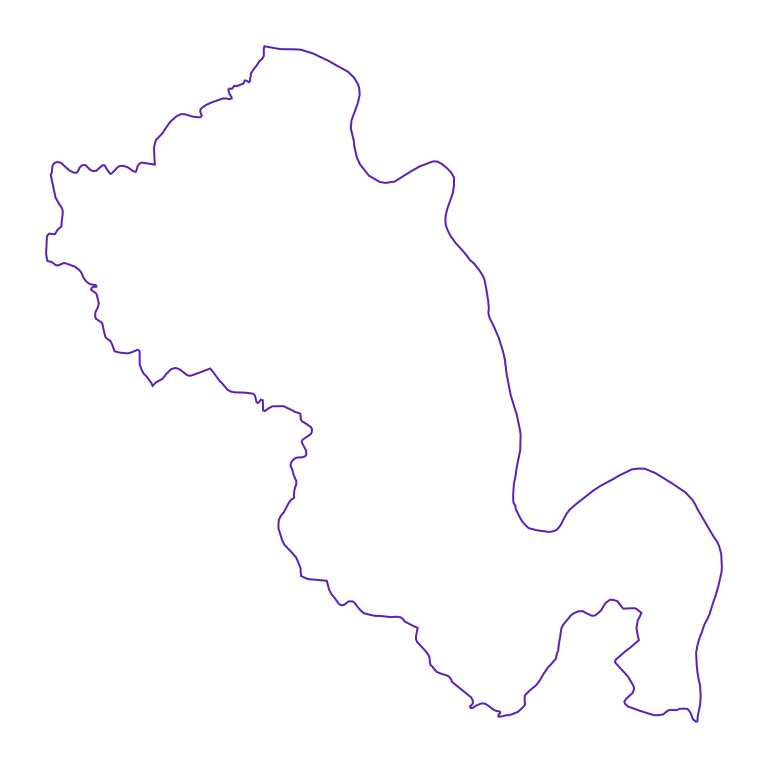 outline of Phu Ninh, Phú Thọ, Vietnam
{"feature_id": "81297802B64104222015073", "entity_name": "Phu Ninh", "entity_type": "district", "adm_level": 2, "iso_a3": "VNM", "parent_name": "Vietnam", "parent_adm1": "Phú Thọ", "projection": "albers", "projection_center": [105.302, 21.456], "detail": "fine", "context": "isolated", "style": "outline", "palette": "violet", "viewbox_px": 768, "rotation_deg": 0, "n_neighbors": 0, "source": "geoboundaries", "source_scale": "gbopen_adm2", "svg_char_len": 6021}
<svg xmlns="http://www.w3.org/2000/svg" viewBox="0 0 768 768"><path d="M50.7,174.7L55.6,197.8L59.3,204.2L61.9,208.0L62.7,211.0L62.7,214.2L61.7,221.6L61.5,226.2L57.1,230.4L56.1,232.4L54.7,234.2L52.7,234.2L49.1,233.6L47.3,235.6L46.9,237.4L46.1,253.3L46.7,257.9L47.5,261.1L51.0,261.7L54.0,263.7L55.6,265.1L58.0,265.5L63.6,263.1L65.6,263.3L75.0,266.7L79.5,270.2L81.5,272.9L83.0,276.5L84.9,279.8L86.2,281.4L88.5,283.2L91.6,284.6L95.5,285.0L96.5,285.9L96.3,286.7L93.6,286.9L92.1,287.6L91.3,288.5L91.1,289.2L91.5,290.2L95.5,292.9L96.3,293.8L97.0,295.5L98.8,303.3L98.0,307.2L95.4,312.2L95.2,316.6L95.9,318.6L99.3,321.1L101.7,322.5L102.3,323.8L102.9,326.0L103.7,330.1L105.3,336.7L106.8,338.6L110.4,341.0L112.0,344.1L114.6,351.3L119.7,352.6L128.0,353.4L132.5,352.0L137.4,349.8L138.6,350.1L139.6,351.4L139.7,364.5L141.7,369.9L143.7,373.7L146.5,376.3L151.4,383.1L152.6,385.8L156.2,382.2L161.9,379.2L164.3,376.7L165.7,374.6L171.0,369.3L174.4,368.1L177.5,368.4L180.3,369.8L186.9,375.0L189.0,375.7L190.9,375.7L199.6,372.6L210.1,368.5L212.5,371.2L219.8,381.2L222.1,383.3L227.5,389.7L230.4,391.4L234.4,392.3L245.5,392.7L253.2,393.7L254.9,395.6L256.6,402.3L257.8,403.0L259.6,401.6L260.9,399.6L262.8,400.3L263.0,408.5L263.3,410.6L264.9,411.0L268.1,408.6L272.4,406.3L283.7,406.2L286.6,407.7L292.1,410.2L294.5,411.7L300.3,413.6L300.8,419.3L302.2,421.4L306.5,424.0L310.9,427.1L312.0,429.1L311.8,431.9L310.9,434.0L302.5,439.8L301.7,442.2L306.1,450.7L306.3,454.5L305.2,456.3L301.8,457.4L297.5,457.5L294.3,458.7L292.4,460.6L290.8,463.4L290.6,466.1L292.2,469.1L293.7,475.1L296.3,481.1L296.3,484.2L295.1,487.5L294.4,490.3L293.8,496.1L294.2,497.5L293.5,498.4L291.1,499.7L288.5,503.3L284.0,512.1L280.6,516.2L278.9,519.9L278.5,523.3L278.5,528.6L282.1,540.0L284.5,544.9L291.0,551.6L296.1,557.5L298.3,562.5L300.6,568.3L300.7,572.1L301.2,576.1L307.7,579.0L326.8,580.8L329.1,589.7L331.5,594.2L335.0,598.4L338.9,604.0L341.3,605.3L344.0,604.9L348.7,601.3L352.8,601.5L354.7,602.9L357.4,606.7L360.8,610.6L363.7,613.1L368.4,614.4L374.7,615.8L380.5,616.0L391.0,617.1L397.0,616.7L400.6,617.3L402.8,619.0L404.9,621.6L412.2,625.4L417.7,627.9L416.1,635.7L416.0,639.3L417.2,642.1L425.0,650.4L428.6,655.2L429.6,658.0L429.8,661.8L430.5,665.0L432.4,666.6L434.3,669.2L436.8,671.9L440.1,673.3L447.8,675.8L449.5,677.3L451.0,679.2L452.1,682.0L471.1,697.3L472.6,700.1L472.9,702.7L472.4,704.2L470.0,706.5L470.2,707.3L470.9,708.0L472.6,708.0L475.3,706.1L480.5,703.7L482.7,703.4L485.1,703.7L488.2,705.6L492.5,708.9L495.5,710.6L499.9,711.6L500.2,713.1L499.0,714.3L498.3,715.3L498.6,716.7L502.6,716.3L506.5,715.1L509.1,715.3L517.9,711.9L522.3,707.9L524.7,705.1L525.1,703.9L524.7,702.7L524.7,696.7L525.1,695.1L529.5,690.7L536.6,684.8L539.8,680.4L543.0,674.8L547.8,667.6L550.2,665.2L555.8,658.8L557.0,653.2L558.2,650.9L558.6,645.7L560.2,636.5L561.4,628.1L563.4,624.5L571.0,615.3L573.7,613.3L578.5,611.3L583.0,611.2L585.7,612.9L592.0,615.8L595.2,615.4L599.2,612.2L601.6,609.8L604.0,605.4L606.0,602.6L610.0,599.8L612.7,599.8L617.1,601.0L623.1,608.6L633.8,608.2L636.2,608.7L641.4,612.8L639.8,616.6L637.8,620.2L636.6,627.0L636.6,628.8L637.3,633.4L638.9,640.2L629.8,648.0L625.2,651.4L615.6,659.8L615.0,662.4L627.8,676.3L633.2,685.4L634.2,688.6L632.6,693.0L626.2,698.7L624.3,701.5L624.9,703.6L628.0,706.5L639.3,710.6L649.9,714.0L654.0,715.1L659.2,715.1L663.3,714.3L667.2,711.0L668.8,710.2L671.3,709.9L676.5,710.2L679.4,708.9L682.5,708.6L687.4,708.9L689.2,710.7L691.0,713.9L692.8,719.0L695.9,721.7L697.3,721.4L698.0,714.4L698.5,712.6L700.1,704.7L700.5,700.1L700.6,695.6L700.1,685.2L699.2,682.0L697.5,672.6L696.8,666.6L696.1,652.6L697.2,646.7L698.0,643.1L699.2,639.1L700.6,635.2L701.7,632.8L703.1,628.2L704.7,624.0L707.6,618.6L709.6,614.1L712.9,603.3L715.4,596.2L718.3,586.2L721.5,572.3L721.9,567.2L721.2,553.7L718.9,545.6L717.1,541.6L713.2,536.0L696.8,507.9L695.6,505.0L692.7,500.2L685.6,492.5L672.2,483.5L655.6,473.2L644.9,468.8L639.0,468.5L631.8,469.4L619.1,475.5L613.7,478.8L600.6,485.8L593.1,490.7L574.1,505.7L569.7,509.7L566.6,513.7L563.6,519.1L561.2,524.1L559.0,527.4L556.6,529.9L552.4,531.5L548.5,531.9L536.4,530.2L528.6,528.1L524.9,524.6L522.5,521.8L520.2,518.1L515.8,509.2L515.3,505.5L513.7,503.3L513.2,499.7L513.2,494.0L513.9,483.9L515.6,475.6L516.6,468.0L520.2,450.3L520.6,434.7L520.1,430.7L516.5,413.3L515.3,410.2L510.6,394.8L506.8,375.1L505.9,368.9L506.0,367.8L505.2,363.8L505.3,362.5L504.7,358.8L503.1,351.9L499.0,338.5L493.9,326.6L489.8,318.4L488.8,315.1L488.4,312.3L488.8,307.9L488.2,300.9L486.4,289.7L484.5,279.7L483.1,276.2L479.4,270.4L474.3,263.8L469.5,259.5L466.6,255.4L462.3,250.2L455.8,243.3L450.8,236.3L448.6,232.3L446.8,228.1L445.6,224.3L445.4,221.0L445.7,215.4L447.5,208.2L452.8,193.2L453.9,186.0L454.1,177.5L450.7,171.9L446.7,167.9L441.9,164.0L437.2,161.5L432.9,161.4L420.0,166.3L411.2,171.2L394.6,181.6L385.6,182.9L379.7,182.0L368.9,175.6L360.0,164.4L356.9,157.5L354.5,147.4L353.7,140.3L350.8,128.5L351.5,120.4L357.9,103.0L359.7,94.5L359.2,88.2L357.9,84.0L354.0,77.6L348.1,71.8L336.7,65.6L328.6,60.9L312.8,53.4L301.2,49.8L297.3,49.4L280.2,49.1L264.4,46.3L263.8,49.0L263.8,56.0L262.4,58.6L259.4,61.1L257.0,65.0L254.0,68.9L250.8,73.6L251.0,75.0L250.2,78.0L249.9,81.3L248.9,82.3L246.7,80.8L245.0,80.4L243.3,83.6L236.6,86.2L234.3,85.8L231.9,88.8L229.3,88.5L228.3,90.1L229.5,93.9L231.5,97.2L231.7,98.5L229.3,99.1L226.3,98.5L223.3,98.4L211.9,102.3L206.2,104.9L202.1,107.7L200.4,109.6L200.3,112.0L201.8,115.6L200.7,117.1L198.6,117.3L192.4,116.6L184.7,114.2L181.0,114.2L177.0,115.9L170.3,121.7L165.1,129.0L162.6,133.1L155.9,140.0L154.2,146.4L154.0,149.1L154.8,164.6L142.2,162.6L140.3,163.1L139.0,164.2L137.7,165.9L136.1,171.6L135.0,171.8L133.1,171.1L128.4,167.7L125.2,166.5L123.4,165.8L119.9,166.1L118.2,166.7L111.7,173.5L110.5,173.9L110.1,173.6L106.7,169.1L105.0,165.9L104.2,165.2L102.3,165.4L96.1,170.9L93.0,171.0L90.4,170.0L85.4,165.1L82.6,165.1L81.2,166.0L79.8,167.3L77.7,171.6L76.5,172.6L75.1,172.8L73.2,172.4L69.6,170.6L65.6,167.1L61.1,162.9L57.3,162.0L55.3,162.6L53.5,164.1L52.4,166.1L51.8,172.9L50.7,174.7Z" fill="none" stroke="#5b21b6" stroke-width="2"/></svg>